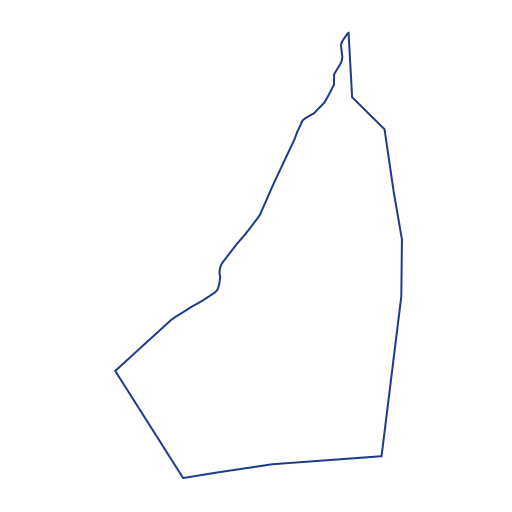 Bayantal, Dornogovi, Mongolia, rotated 87°
{"feature_id": "93677404B54852332365527", "entity_name": "Bayantal", "entity_type": "district", "adm_level": 2, "iso_a3": "MNG", "parent_name": "Mongolia", "parent_adm1": "Dornogovi", "projection": "natural_earth1", "projection_center": [108.074, 46.665], "detail": "fine", "context": "isolated", "style": "outline", "palette": "blue", "viewbox_px": 512, "rotation_deg": 87, "n_neighbors": 0, "source": "geoboundaries", "source_scale": "gbopen_adm2", "svg_char_len": 1050}
<svg xmlns="http://www.w3.org/2000/svg" viewBox="0 0 512 512"><g transform="rotate(87 256 256)"><path d="M38.1,151.9L38.4,152.7L39.3,153.5L41.3,155.0L44.0,157.1L44.8,157.7L46.2,158.7L47.4,159.2L48.1,159.5L48.8,159.8L49.2,159.9L49.6,160.0L50.0,160.1L53.7,159.9L61.3,159.4L61.7,159.5L63.4,159.7L64.4,159.8L64.6,159.9L67.7,161.1L74.5,165.7L78.7,168.5L83.9,168.8L89.0,169.2L97.5,174.1L101.8,176.7L106.3,179.6L112.8,186.7L114.5,188.5L116.0,190.0L116.8,191.0L118.6,195.1L121.7,200.6L123.3,202.6L126.1,204.0L128.8,205.3L133.9,208.2L141.6,211.5L156.3,219.4L182.4,233.4L189.0,236.8L215.4,250.1L218.7,252.8L226.0,258.9L233.7,265.6L243.2,274.7L260.8,289.8L263.0,291.2L265.5,292.3L268.2,293.0L271.4,293.3L275.1,292.9L281.5,294.0L285.9,295.4L288.1,296.7L290.1,298.7L291.7,301.4L297.8,311.7L302.5,321.3L304.3,324.8L308.8,332.7L312.1,338.8L313.3,340.8L315.4,344.1L363.4,402.6L473.9,340.4L470.1,305.6L464.8,250.5L462.5,141.1L303.9,113.0L247.1,109.4L198.4,115.2L136.2,121.0L102.5,151.7L39.7,151.9L38.1,151.9Z" fill="none" stroke="#1e3a8a" stroke-width="2"/></g></svg>